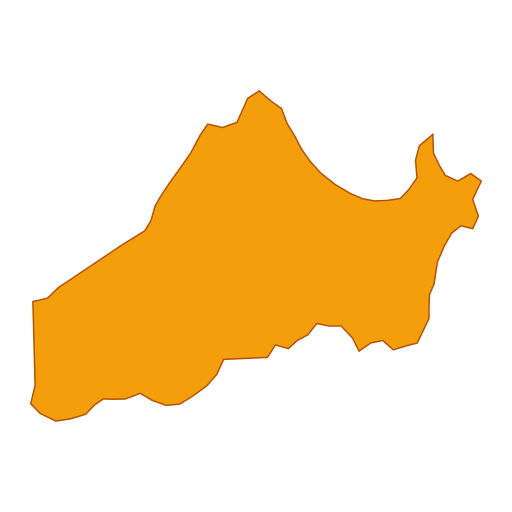 outline of Penha, Santa Catarina, Brazil
{"feature_id": "56859067B78825911007655", "entity_name": "Penha", "entity_type": "district", "adm_level": 2, "iso_a3": "BRA", "parent_name": "Brazil", "parent_adm1": "Santa Catarina", "projection": "albers", "projection_center": [-48.64, -26.804], "detail": "fine", "context": "isolated", "style": "filled", "palette": "amber", "viewbox_px": 512, "rotation_deg": 0, "n_neighbors": 0, "source": "geoboundaries", "source_scale": "gbopen_adm2", "svg_char_len": 1188}
<svg xmlns="http://www.w3.org/2000/svg" viewBox="0 0 512 512"><path d="M352.3,337.8L359.1,351.1L370.9,342.9L382.8,340.5L393.3,349.8L405.4,346.1L417.2,343.0L423.3,330.4L429.0,318.4L429.0,306.4L429.5,294.6L434.1,283.8L437.4,262.1L444.6,245.4L451.4,233.4L460.9,225.8L472.7,228.7L478.4,216.2L472.7,199.3L481.3,181.1L470.8,173.5L457.6,181.1L445.3,175.4L439.6,165.8L433.5,153.3L432.8,134.4L419.4,145.7L415.5,160.2L417.0,177.9L408.7,189.7L400.3,198.5L386.8,200.5L374.3,200.9L362.6,198.7L350.6,193.6L335.4,184.7L320.3,172.7L309.8,160.9L301.2,148.6L294.9,136.3L287.2,123.6L281.5,108.6L271.4,101.4L259.1,90.9L247.7,98.3L242.7,109.6L237.0,122.3L222.5,127.5L207.8,124.1L200.3,134.9L190.9,152.6L183.7,163.1L176.9,172.7L168.8,184.0L161.1,195.6L155.0,206.1L151.0,220.6L144.9,230.7L123.4,244.0L58.5,287.5L47.3,298.3L32.9,301.5L35.1,385.3L30.7,403.7L40.2,413.5L55.9,421.1L71.1,418.7L85.7,414.2L94.1,405.4L103.1,399.0L114.5,399.2L125.2,399.0L140.3,393.3L152.2,400.4L166.2,405.4L179.8,404.1L192.1,396.5L206.7,385.9L216.8,374.4L223.6,359.4L267.5,357.4L275.4,344.9L288.3,348.6L297.3,340.5L307.8,334.8L316.8,323.5L328.8,326.0L341.1,326.0L352.3,337.8Z" fill="#f59e0b" stroke="#b45309" stroke-width="1.5"/></svg>